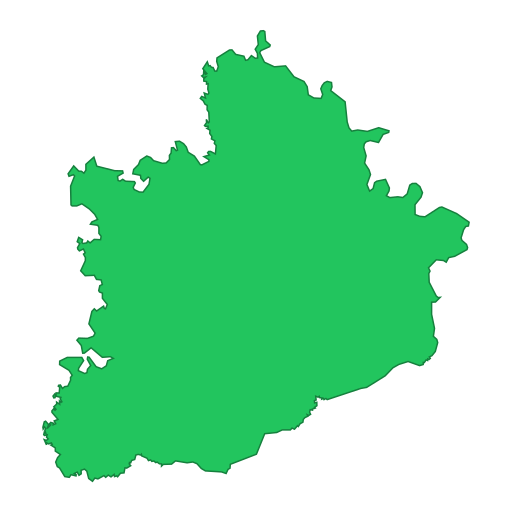 Ban Muang, Sakon Nakhon, Thailand
{"feature_id": "78962969B64071020381099", "entity_name": "Ban Muang", "entity_type": "district", "adm_level": 2, "iso_a3": "THA", "parent_name": "Thailand", "parent_adm1": "Sakon Nakhon", "projection": "albers", "projection_center": [103.488, 17.919], "detail": "fine", "context": "isolated", "style": "filled", "palette": "green", "viewbox_px": 512, "rotation_deg": 0, "n_neighbors": 0, "source": "geoboundaries", "source_scale": "gbopen_adm2", "svg_char_len": 5885}
<svg xmlns="http://www.w3.org/2000/svg" viewBox="0 0 512 512"><path d="M88.7,478.5L92.5,481.3L94.8,478.1L97.9,478.9L104.0,475.6L105.7,477.3L108.3,475.1L111.0,476.9L114.1,474.4L114.5,476.6L116.6,475.9L117.6,476.8L120.5,473.2L124.0,472.9L125.0,467.8L126.7,468.1L130.7,465.7L129.2,463.9L129.5,462.5L130.6,462.9L131.7,460.4L134.7,459.5L135.9,455.0L138.3,454.4L140.9,455.1L141.4,454.4L141.7,455.9L147.0,458.2L148.5,460.6L150.6,459.9L151.8,461.4L153.9,461.0L155.7,462.6L157.2,462.1L159.4,463.8L161.5,463.9L161.5,466.1L163.3,464.4L171.6,464.1L175.5,460.9L187.1,462.8L192.8,462.0L197.0,463.7L201.3,468.5L205.4,470.9L221.5,471.9L226.1,473.5L228.0,469.4L230.0,468.2L230.3,464.3L256.4,454.2L264.7,433.7L276.7,432.5L282.3,429.9L290.4,429.9L292.0,428.1L294.5,429.2L297.5,425.7L298.3,426.5L300.1,423.7L302.9,422.2L303.3,419.4L304.9,417.6L307.9,416.2L307.3,414.8L308.6,415.5L310.6,414.3L309.6,412.1L310.2,409.7L312.4,410.1L312.2,409.2L315.2,408.1L314.5,407.4L316.9,405.7L316.8,402.3L314.6,402.9L314.4,400.6L316.1,400.0L315.7,396.2L318.0,397.1L319.2,396.3L319.5,397.6L322.1,398.0L321.8,399.1L323.5,398.4L324.0,399.6L325.9,398.5L327.2,399.6L360.9,388.4L366.6,387.4L385.2,375.8L392.9,367.8L398.9,364.4L408.1,361.5L419.6,365.6L423.2,364.5L423.3,362.4L424.3,362.6L426.1,359.9L427.6,360.5L427.7,358.9L429.0,359.5L430.3,358.4L429.3,356.9L431.9,355.7L435.3,351.5L437.7,342.6L436.8,339.4L433.4,336.3L434.5,328.4L431.6,314.3L431.6,302.2L435.5,302.0L440.1,297.4L438.3,297.6L436.3,296.1L429.2,282.3L428.8,273.5L430.0,271.1L428.5,267.8L436.3,259.8L443.5,260.5L446.2,262.2L448.7,257.6L454.7,256.3L467.0,249.6L467.6,247.6L466.5,244.4L461.9,240.4L461.1,237.8L463.6,229.7L465.7,226.5L468.4,226.0L469.1,222.2L456.8,213.7L441.9,207.0L439.4,207.5L425.0,216.8L419.6,216.3L415.1,214.5L415.0,204.7L421.0,197.2L422.5,192.7L419.9,186.6L416.0,183.4L412.3,183.5L409.8,185.1L407.2,193.9L402.9,197.5L397.8,196.8L389.8,197.6L386.4,195.7L389.0,191.0L389.4,188.0L385.5,179.4L376.7,181.2L374.6,182.7L373.1,188.6L369.6,191.1L366.9,184.5L370.5,174.5L369.0,169.8L364.6,163.1L366.1,155.9L363.7,147.5L364.3,143.9L366.1,141.8L370.2,140.5L378.5,142.5L383.1,134.4L388.7,132.4L389.0,130.8L378.7,127.7L367.4,131.4L357.7,130.0L351.7,131.1L349.0,127.9L347.2,122.0L345.1,101.8L330.7,90.6L332.0,86.9L331.5,82.5L327.2,81.4L324.3,82.8L322.2,85.5L320.8,88.8L322.7,94.5L321.1,98.4L313.9,98.0L308.3,94.8L307.2,86.7L304.0,81.5L294.0,76.8L285.6,65.9L274.3,66.8L264.4,62.2L259.7,52.7L260.9,50.6L269.7,46.6L270.2,45.0L265.6,40.9L264.8,31.5L263.4,30.7L260.4,31.0L257.4,36.0L258.3,44.6L255.2,49.2L257.4,53.3L257.6,58.0L255.3,58.3L251.4,55.6L247.9,59.8L245.6,60.3L243.9,56.2L235.7,54.4L232.0,49.9L229.5,50.0L217.0,57.9L216.7,61.4L218.3,66.7L216.7,71.1L214.8,71.1L213.1,67.5L211.4,67.3L210.1,65.6L208.7,65.9L207.3,61.8L202.8,68.7L206.9,73.6L205.6,74.4L203.7,71.4L203.5,74.7L201.7,75.9L203.4,77.5L205.6,77.0L203.8,78.8L203.8,81.1L206.6,81.6L206.5,84.1L208.1,83.7L207.8,89.2L208.9,93.0L207.8,94.4L204.2,93.0L205.5,98.0L201.7,96.4L200.3,98.4L203.3,100.9L205.0,104.2L207.2,105.4L207.1,109.8L208.8,112.2L209.3,121.9L208.3,122.8L206.3,119.4L206.6,122.6L204.5,125.5L205.4,126.4L208.1,126.2L208.2,127.7L206.9,128.4L210.0,130.2L209.7,133.5L211.9,136.5L211.4,138.9L214.9,140.8L214.3,143.4L216.2,145.5L215.4,153.9L210.5,151.4L208.6,151.5L207.6,152.8L209.4,155.0L203.9,156.6L208.9,159.7L208.9,161.4L201.8,164.9L200.3,164.6L194.4,156.1L188.2,152.3L186.3,147.0L183.6,143.7L179.5,141.2L175.3,141.6L177.5,150.2L176.2,150.7L173.5,147.6L171.5,147.8L171.1,153.0L169.4,155.4L169.5,159.5L166.1,163.0L162.4,163.3L153.6,160.7L150.6,157.5L146.8,156.0L140.2,160.3L138.5,164.6L133.7,169.4L132.8,173.8L140.5,175.3L140.8,178.4L143.6,181.3L148.2,177.1L150.0,178.3L149.0,184.3L143.0,192.2L139.3,192.0L134.1,189.5L133.2,187.4L135.3,183.0L134.4,181.6L125.5,181.2L122.7,179.3L120.0,181.1L118.1,180.5L117.5,176.3L123.1,173.1L122.6,170.9L114.6,170.7L96.8,166.2L93.9,157.1L85.9,164.3L85.9,170.1L83.9,173.2L81.5,171.3L78.7,171.1L73.7,165.9L68.1,173.8L69.0,176.3L73.4,174.7L74.6,176.0L70.6,186.2L71.0,204.9L72.1,205.9L76.8,205.9L81.9,203.8L89.4,209.0L94.7,214.3L97.6,219.4L91.9,221.9L90.4,224.2L97.8,225.3L98.9,227.5L98.9,233.4L101.1,236.3L100.6,239.7L94.2,239.4L90.1,242.9L87.8,241.0L86.7,242.9L82.9,243.5L81.9,242.5L82.6,239.8L78.7,237.4L77.2,241.7L79.8,243.6L77.5,247.6L77.8,249.1L79.4,250.9L83.4,249.0L85.2,252.8L83.5,254.1L85.4,257.6L85.3,260.8L80.7,270.8L85.2,275.7L94.3,275.3L96.5,279.4L101.1,279.9L102.3,284.5L99.8,285.7L98.7,290.6L99.5,292.0L102.4,293.1L102.4,298.3L107.3,304.5L105.5,308.8L104.3,308.4L103.6,306.1L96.6,311.0L94.3,308.8L91.9,311.4L88.9,323.9L95.1,333.1L93.5,336.2L87.4,338.4L78.8,338.1L76.9,340.2L81.3,345.5L82.7,353.2L84.4,353.1L91.1,347.8L102.3,357.3L110.4,356.7L113.3,358.4L107.7,360.7L106.3,365.8L101.7,368.8L96.1,366.7L89.1,357.2L87.7,357.0L87.3,359.2L90.7,365.5L87.5,369.3L86.9,372.7L84.6,373.5L78.3,370.6L78.7,368.1L83.6,360.6L81.8,357.4L67.3,357.4L59.7,361.1L59.6,364.6L69.0,370.3L72.2,375.3L70.5,377.5L70.6,380.2L67.8,386.2L64.7,386.6L62.5,388.4L60.4,385.0L58.6,385.3L58.3,386.3L59.7,387.1L59.2,393.0L56.1,392.9L56.1,395.1L54.8,393.9L53.0,396.1L53.8,397.9L55.0,397.7L55.4,396.1L60.9,397.4L60.2,398.8L61.9,401.8L61.1,402.3L59.5,401.0L59.7,404.3L56.6,402.1L56.7,404.0L53.8,406.8L56.0,409.3L55.0,410.3L53.7,408.8L51.9,410.9L52.0,412.4L58.0,419.4L54.2,420.9L55.7,423.7L53.2,424.8L53.4,423.2L50.7,422.4L49.1,424.3L50.6,425.0L47.2,428.5L48.6,424.6L45.6,421.2L44.3,421.8L42.9,427.2L43.2,429.0L44.5,426.9L45.8,428.6L44.8,430.2L45.8,433.3L44.3,432.2L43.7,434.7L44.5,435.5L47.2,434.8L46.5,437.1L48.2,438.9L46.3,440.4L44.2,439.6L46.5,444.9L46.2,442.6L48.4,443.9L51.4,442.9L52.2,444.5L50.9,445.1L55.3,447.9L55.3,451.1L60.4,454.5L57.6,457.6L55.7,462.1L57.3,466.6L59.6,468.0L64.8,476.6L69.3,477.3L71.0,474.7L76.0,475.9L76.2,474.8L74.3,473.5L77.2,472.1L79.0,475.3L81.2,473.8L81.1,470.3L84.5,469.1L86.8,471.1L88.7,478.5Z" fill="#22c55e" stroke="#15803d" stroke-width="1.5"/></svg>